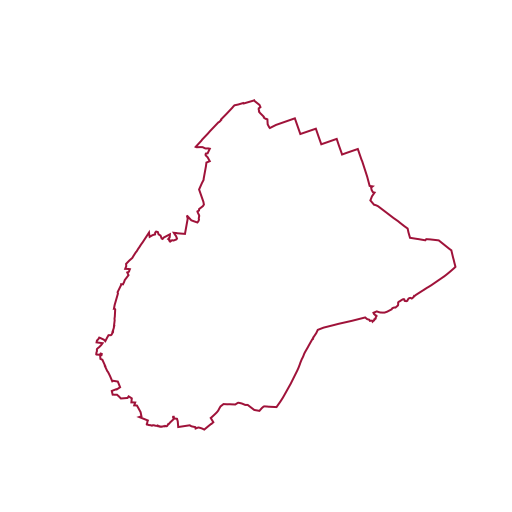 the district of Brantu pag., Smiltenes, Latvia, rotated 159°
{"feature_id": "27541924B83943898242437", "entity_name": "Brantu pag.", "entity_type": "district", "adm_level": 2, "iso_a3": "LVA", "parent_name": "Latvia", "parent_adm1": "Smiltenes", "projection": "mercator", "projection_center": [25.808, 57.37], "detail": "fine", "context": "isolated", "style": "outline", "palette": "rose", "viewbox_px": 512, "rotation_deg": 159, "n_neighbors": 0, "source": "geoboundaries", "source_scale": "gbopen_adm2", "svg_char_len": 6015}
<svg xmlns="http://www.w3.org/2000/svg" viewBox="0 0 512 512"><g transform="rotate(159 256 256)"><path d="M118.6,162.8L107.4,165.1L106.5,165.2L102.8,165.9L87.0,169.7L84.7,170.4L80.5,171.8L75.3,173.7L73.7,174.4L73.5,175.8L73.2,178.6L72.8,181.6L72.6,183.8L71.6,191.3L72.9,193.3L79.8,205.1L87.5,209.1L91.0,210.7L92.3,210.0L93.0,210.4L98.7,213.8L99.1,214.0L99.3,214.1L105.7,217.8L105.2,223.4L104.6,227.3L106.9,230.8L109.5,235.1L110.9,237.6L113.4,241.3L113.9,242.0L119.8,251.6L124.2,258.7L125.2,259.8L126.3,260.8L127.4,261.5L129.3,266.9L126.3,270.2L122.6,272.7L124.0,273.7L124.4,276.2L124.0,278.6L122.2,279.2L124.8,280.7L123.8,290.0L123.6,293.5L123.1,302.8L122.9,306.5L123.0,308.2L122.6,319.4L133.9,319.8L139.3,319.9L139.2,321.4L139.0,329.7L138.7,336.4L155.0,336.9L154.8,344.9L154.5,353.4L170.9,354.0L170.4,370.6L190.3,371.2L197.2,370.5L197.5,371.3L197.8,373.7L197.9,374.8L196.4,379.5L197.0,380.2L197.9,380.6L199.1,382.4L198.8,383.2L200.5,387.0L200.8,387.6L201.5,389.6L201.1,390.1L201.0,391.8L200.5,392.9L199.7,393.0L198.5,393.4L198.6,395.8L200.5,399.0L201.9,401.4L201.9,402.0L203.1,402.0L212.9,402.8L213.1,402.9L213.2,403.1L213.2,403.4L218.3,403.8L222.1,404.4L223.6,403.7L225.0,402.9L232.5,399.3L234.9,398.2L236.9,397.3L239.7,396.0L239.7,395.5L242.2,394.3L243.1,394.3L254.1,389.1L257.1,387.5L264.5,384.0L265.7,383.2L273.2,379.5L272.8,379.1L272.4,378.8L268.9,377.6L267.1,376.9L266.6,376.5L265.2,375.0L264.6,374.5L263.9,374.2L262.1,373.6L260.7,372.7L264.4,369.2L266.1,369.6L266.7,368.9L266.9,368.0L266.4,366.8L265.8,365.6L265.2,361.1L268.8,361.0L270.7,357.5L277.1,347.0L277.7,345.8L280.3,343.5L285.3,338.5L285.7,325.4L286.2,322.7L287.7,321.6L292.3,320.2L292.9,318.9L294.7,318.6L294.8,317.5L294.5,314.3L294.9,313.3L295.0,313.2L295.2,312.9L296.0,311.5L296.1,311.0L296.2,310.3L297.5,309.0L298.7,308.3L301.1,310.3L303.6,312.5L306.0,318.6L306.4,315.3L314.4,302.1L321.3,305.4L321.8,305.8L324.4,307.1L324.0,305.1L323.5,303.2L323.5,300.6L324.4,300.0L327.4,300.0L328.7,300.8L331.0,300.2L331.5,301.5L330.9,302.4L331.8,303.3L329.8,304.5L328.6,307.1L335.5,306.3L337.1,305.4L337.8,306.1L337.8,309.3L339.2,311.1L339.1,313.6L340.5,314.6L341.7,314.0L342.5,312.3L344.1,312.5L345.3,312.5L348.4,312.0L347.9,314.7L347.5,316.2L357.2,309.2L358.2,308.6L360.8,306.8L360.8,306.7L362.1,305.8L363.2,305.1L365.9,303.0L366.8,302.6L370.6,299.8L372.2,298.5L375.8,297.2L380.1,295.2L380.8,293.0L382.7,290.9L379.5,289.5L378.5,288.9L379.2,288.2L380.1,287.0L380.6,286.8L382.1,286.8L381.9,283.8L387.1,280.6L388.7,278.7L389.9,277.7L390.3,277.2L392.0,278.0L392.4,277.2L398.2,271.8L398.3,270.5L405.4,261.1L407.4,257.9L407.0,257.9L406.6,256.6L409.5,250.1L410.6,248.1L411.0,246.6L413.6,241.7L413.4,241.6L414.3,240.2L414.9,239.3L416.5,237.4L416.2,237.4L416.8,236.1L418.1,235.2L418.9,234.4L419.8,234.1L420.5,234.3L422.1,234.9L424.4,233.0L427.2,230.5L428.0,232.4L430.7,235.2L431.6,236.0L433.1,234.8L434.8,234.1L435.8,232.5L430.5,229.6L432.3,228.4L435.1,227.1L436.2,226.8L437.7,226.2L438.2,225.5L438.5,224.3L439.5,223.1L440.4,221.5L440.3,221.2L437.4,219.8L435.9,220.6L435.1,219.8L435.8,218.8L436.7,219.1L437.4,218.2L438.1,215.7L436.6,214.2L436.2,207.2L436.5,207.2L436.1,201.9L435.7,200.6L435.3,196.4L435.1,190.5L433.9,190.6L430.0,188.3L429.9,182.2L433.5,181.4L433.5,181.6L434.3,181.7L439.0,181.7L439.1,181.2L439.5,177.9L435.6,176.3L435.4,176.2L434.9,175.1L434.6,174.7L433.2,171.4L426.8,169.5L425.2,170.6L423.0,167.6L424.8,164.0L422.6,163.1L421.3,162.5L423.2,160.2L421.2,159.3L420.7,159.0L419.7,151.6L420.4,147.4L422.7,147.5L415.9,141.2L416.8,140.2L417.6,138.8L418.2,138.3L418.3,138.0L418.2,137.9L418.2,137.7L417.5,137.3L416.9,136.8L416.5,136.5L416.2,136.4L415.4,135.9L415.2,135.9L415.0,135.7L414.6,135.5L414.0,134.9L413.3,134.9L412.8,134.8L412.7,134.9L411.7,134.4L411.3,134.0L410.9,133.7L409.3,132.9L409.1,132.8L408.8,132.7L408.6,132.4L408.4,132.6L408.3,132.3L407.5,132.0L407.2,131.3L406.5,131.2L406.3,130.8L405.8,130.5L405.0,130.6L404.3,130.2L403.6,130.3L403.2,130.2L402.7,129.8L402.1,129.7L401.8,130.0L401.6,129.9L401.0,129.3L400.4,129.1L399.8,129.2L398.2,130.5L398.0,130.3L397.4,130.5L395.8,131.4L391.9,133.0L391.4,133.6L391.1,134.1L391.1,134.7L391.2,135.4L391.0,135.6L390.4,135.4L390.7,133.4L389.2,133.0L388.1,132.3L388.3,129.7L389.9,124.2L378.5,121.7L378.1,121.0L377.1,120.0L374.0,118.0L374.2,116.6L371.8,116.6L371.1,116.5L369.4,115.3L368.0,114.1L366.5,112.5L361.2,114.3L358.1,115.3L357.8,115.2L355.4,116.1L356.3,121.0L354.6,121.6L352.1,122.6L350.4,123.3L348.6,124.1L346.7,125.2L345.0,126.7L343.9,127.6L343.0,128.3L339.4,129.4L338.5,129.0L335.6,127.7L334.3,127.3L328.6,124.8L325.6,125.4L325.0,125.3L323.4,124.3L322.0,123.3L319.4,120.8L317.1,119.9L312.8,112.9L308.3,110.2L305.1,111.9L302.9,112.7L302.0,112.6L299.2,111.3L298.5,110.9L291.0,107.6L285.5,111.3L281.7,114.1L279.5,115.9L270.5,123.4L269.4,124.3L258.5,134.3L256.2,136.6L253.7,139.4L253.0,140.3L250.2,143.3L248.8,144.5L247.5,145.8L246.2,147.3L244.8,148.6L240.1,152.4L239.2,153.2L233.4,158.0L232.8,158.0L232.6,158.1L232.5,158.6L232.2,158.9L231.8,159.1L231.7,159.5L231.1,159.8L227.4,162.4L224.8,164.9L218.5,164.9L207.8,163.6L203.3,163.1L197.8,162.3L189.6,161.1L176.1,159.5L174.9,157.3L173.1,155.9L172.9,154.6L171.5,154.3L170.5,153.8L170.6,153.0L169.6,153.4L168.7,153.6L168.4,154.3L168.1,154.6L167.3,154.5L166.7,154.7L166.5,155.3L166.3,155.7L165.9,156.0L165.0,156.7L164.9,157.1L165.9,158.0L166.1,158.9L166.2,159.1L166.5,159.3L166.6,159.5L166.6,160.0L166.7,160.5L166.7,160.9L163.3,161.0L163.1,161.0L161.2,159.4L159.8,158.5L156.3,157.1L153.6,157.0L148.5,157.6L147.6,158.3L147.2,158.4L145.4,158.4L144.4,157.9L144.2,157.9L141.4,158.9L141.1,159.1L140.7,159.7L140.3,160.7L140.1,161.4L139.5,162.0L139.1,162.1L138.2,162.2L137.2,162.4L136.0,162.7L134.7,162.9L134.1,162.9L133.5,162.7L133.1,162.4L133.1,162.2L133.3,161.5L133.3,160.9L133.2,160.7L131.7,159.9L131.1,159.9L130.7,160.0L130.0,160.8L128.7,161.6L127.9,161.7L127.6,161.7L126.8,161.5L126.6,161.4L126.2,160.8L125.9,160.5L125.6,160.5L124.4,160.9L123.5,161.3L123.0,161.8L122.9,161.6L121.0,162.3L118.6,162.8Z" fill="none" stroke="#9f1239" stroke-width="2"/></g></svg>